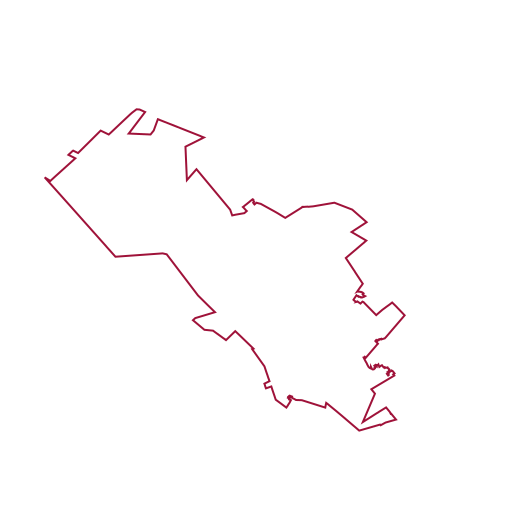 outline of Matehuala, San Luis Potosí, Mexico, rotated 130°
{"feature_id": "50627088B37134709492679", "entity_name": "Matehuala", "entity_type": "district", "adm_level": 2, "iso_a3": "MEX", "parent_name": "Mexico", "parent_adm1": "San Luis Potosí", "projection": "natural_earth1", "projection_center": [-100.598, 23.522], "detail": "fine", "context": "isolated", "style": "outline", "palette": "rose", "viewbox_px": 512, "rotation_deg": 130, "n_neighbors": 0, "source": "geoboundaries", "source_scale": "gbopen_adm2", "svg_char_len": 5260}
<svg xmlns="http://www.w3.org/2000/svg" viewBox="0 0 512 512"><g transform="rotate(130 256 256)"><path d="M305.5,51.7L300.3,49.7L291.3,43.6L289.9,51.1L290.3,51.3L290.0,52.0L289.5,53.1L289.4,53.5L288.4,59.0L292.9,60.5L293.6,60.7L294.1,60.9L295.6,61.4L295.9,61.5L298.0,62.1L298.4,62.3L314.5,67.4L285.0,76.4L283.9,82.0L258.7,73.2L258.6,73.7L258.4,74.7L258.4,74.8L256.9,74.4L256.5,76.2L256.3,77.5L256.6,77.7L256.6,78.5L256.8,78.5L257.6,78.7L259.1,79.2L260.6,79.6L260.8,79.0L261.5,79.4L262.1,78.4L261.0,77.7L262.6,78.0L262.1,80.0L260.7,79.6L260.4,80.6L259.0,80.0L258.9,80.1L258.1,80.3L258.0,80.8L257.2,80.8L257.0,82.3L257.2,82.8L256.8,83.6L257.4,83.9L258.0,84.6L258.0,85.0L258.9,85.3L258.6,86.2L259.3,86.6L259.1,87.4L258.3,87.2L259.1,87.5L258.7,89.3L259.6,89.7L261.7,90.2L260.7,92.0L260.4,92.5L261.9,92.5L261.2,92.7L261.7,93.3L262.8,92.6L262.6,94.5L264.0,94.8L264.3,93.0L265.4,93.3L265.6,92.7L267.0,92.9L267.1,93.0L267.3,93.1L267.8,93.5L268.0,94.0L267.9,94.9L267.5,95.7L267.4,95.8L267.0,96.7L267.4,96.4L268.4,95.9L268.7,96.9L268.7,97.0L268.6,98.5L267.8,100.6L267.4,101.5L267.1,102.0L266.2,104.5L265.5,106.2L265.1,107.1L265.0,106.7L264.5,106.7L264.4,107.1L264.7,107.1L264.7,107.4L264.8,107.4L264.9,107.5L264.3,109.0L264.3,107.9L263.3,107.9L263.4,106.5L248.3,106.3L247.6,106.3L247.1,106.3L246.0,106.3L245.2,106.2L244.8,106.2L244.5,109.1L244.4,109.9L243.3,109.9L243.4,109.5L243.4,109.1L243.2,109.1L242.6,109.1L242.7,108.3L242.3,108.3L241.2,108.3L241.2,108.0L241.2,107.8L240.7,107.8L240.1,107.8L239.6,107.4L239.6,106.6L239.2,106.6L238.7,106.6L238.6,105.9L236.3,104.4L235.8,104.4L234.7,104.3L224.4,104.2L224.2,104.2L205.9,104.0L204.9,112.8L204.8,114.0L204.7,114.7L204.5,116.5L204.1,121.8L206.0,122.2L207.0,122.4L208.2,122.7L211.7,123.6L212.3,123.7L213.4,124.0L213.5,124.0L215.9,124.6L224.0,125.9L222.5,141.3L222.2,143.9L222.5,145.1L225.3,145.4L225.6,149.0L225.9,149.0L226.8,149.7L226.5,149.7L226.9,150.9L227.0,152.1L226.9,153.2L226.3,153.3L221.5,153.8L221.5,153.3L221.4,152.5L221.3,151.5L220.9,151.6L220.7,150.6L220.6,150.1L220.5,149.4L220.0,149.3L219.8,148.2L217.7,147.0L216.6,146.6L216.7,147.0L216.8,147.3L216.9,147.7L216.8,147.8L216.9,148.0L217.0,148.1L217.1,148.4L217.1,148.5L217.0,148.9L216.9,148.8L216.8,149.0L216.8,149.4L216.8,149.7L216.6,149.8L216.4,149.9L216.3,150.0L216.1,150.0L215.9,150.0L215.7,150.0L215.5,149.9L215.5,151.1L215.9,152.1L216.0,152.2L216.0,152.5L216.3,152.8L216.4,153.1L216.8,153.7L216.9,153.8L217.2,154.2L217.4,154.5L217.5,154.8L217.8,155.2L217.9,155.3L218.1,155.5L218.3,155.6L215.1,155.9L212.9,156.1L210.5,156.2L208.6,156.4L208.2,157.8L204.7,169.5L204.5,170.1L204.4,170.3L204.2,170.9L204.1,171.3L203.9,172.1L203.7,172.6L203.6,173.1L203.4,173.7L202.3,177.4L199.8,185.9L173.3,181.4L176.2,198.2L159.0,193.0L158.6,212.1L164.8,230.2L181.2,244.1L184.8,247.7L185.0,248.2L185.9,249.1L186.9,250.2L187.6,250.8L188.0,251.2L188.0,251.5L188.4,251.9L188.5,252.0L188.7,251.9L189.3,252.1L189.5,252.2L189.8,252.2L208.0,258.1L209.3,266.8L210.0,270.7L213.0,285.9L213.9,287.7L214.4,288.8L214.9,289.9L216.3,290.1L217.5,290.3L217.4,291.0L217.0,292.4L215.7,292.3L215.4,293.5L214.7,293.9L214.6,295.0L214.8,295.1L215.8,295.3L216.4,295.4L217.2,295.6L217.8,295.7L219.0,295.9L219.5,296.0L220.5,296.2L222.1,296.5L224.9,297.1L225.7,297.2L226.9,297.5L227.0,296.2L227.5,292.5L227.5,292.0L228.4,292.1L230.7,292.5L237.6,298.3L240.2,300.3L239.4,301.7L237.1,305.6L228.4,353.9L227.8,357.4L237.1,357.6L237.9,357.6L238.2,357.6L242.3,357.7L217.6,380.3L198.7,372.1L199.7,375.1L199.8,375.6L214.3,419.1L225.6,415.0L230.7,414.9L244.0,432.2L243.7,432.2L241.2,432.3L235.7,432.6L229.5,432.9L217.0,433.5L218.6,439.3L220.4,441.8L225.7,443.0L227.6,443.3L228.2,443.4L231.6,443.8L237.4,444.5L251.2,446.1L251.3,446.1L254.7,446.5L257.6,446.9L259.8,455.6L291.5,458.5L292.8,463.8L294.1,464.1L296.2,464.3L298.0,464.6L299.1,464.7L297.3,457.2L324.5,461.0L330.7,461.8L331.6,468.4L337.0,430.9L340.1,409.7L344.9,376.8L345.0,376.4L346.9,363.2L314.0,329.2L312.1,325.5L323.5,275.1L324.6,261.8L325.4,251.3L342.6,262.6L345.7,263.0L345.7,259.1L345.7,257.4L345.7,248.1L340.8,240.9L340.7,238.8L340.7,238.7L340.2,232.2L339.9,227.4L339.8,227.2L339.8,226.8L339.8,226.4L339.8,226.1L339.7,226.1L339.7,225.8L339.7,225.5L339.7,225.4L339.7,224.9L326.9,223.6L327.3,217.1L328.6,198.4L329.8,199.1L335.1,178.6L338.0,173.9L339.2,171.9L339.5,171.4L339.9,170.7L340.2,170.2L340.8,169.3L341.2,168.6L341.7,167.8L341.9,167.4L342.1,167.0L342.4,166.6L342.8,166.0L343.2,165.2L343.9,165.5L348.4,167.5L349.3,166.0L349.6,165.6L350.0,165.0L350.0,164.9L350.5,164.1L350.7,163.7L350.8,163.7L351.0,163.3L346.1,160.4L348.3,156.9L351.5,151.6L352.2,150.5L353.4,148.5L353.0,142.4L352.6,135.3L350.4,135.5L349.2,135.7L346.6,136.0L346.2,136.1L345.9,136.2L344.0,136.6L344.3,137.8L344.6,138.5L344.2,138.7L343.9,138.8L343.7,138.8L343.9,139.6L344.1,140.4L343.6,140.5L343.4,140.8L342.9,140.7L342.6,140.7L342.5,139.9L342.5,139.6L342.5,139.3L342.4,139.2L342.1,139.4L341.9,139.6L341.7,139.9L341.7,140.3L341.8,140.5L341.4,140.5L341.3,140.3L341.2,140.0L341.1,139.8L340.8,138.8L340.5,138.0L341.0,137.8L341.5,137.5L341.5,137.3L341.3,136.4L340.6,133.1L340.6,132.8L337.0,128.2L327.6,105.5L325.5,106.7L323.4,107.8L323.3,105.4L323.3,104.1L323.3,103.6L323.2,95.2L323.2,88.0L323.4,64.7L305.4,52.6L305.5,51.7Z" fill="none" stroke="#9f1239" stroke-width="2"/></g></svg>